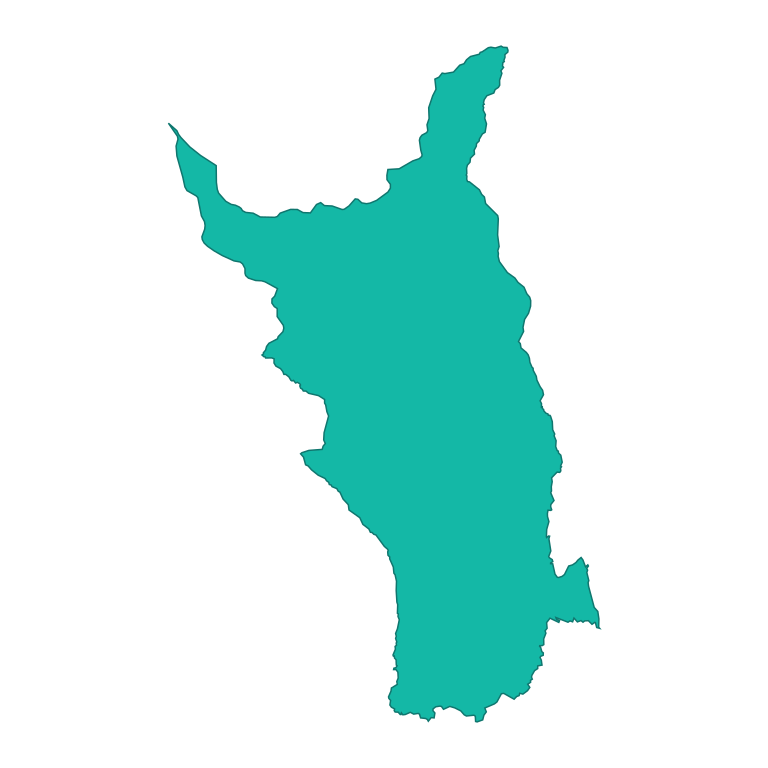 Duitama, Boyacá, Colombia
{"feature_id": "7082276B48386151421369", "entity_name": "Duitama", "entity_type": "district", "adm_level": 2, "iso_a3": "COL", "parent_name": "Colombia", "parent_adm1": "Boyacá", "projection": "robinson", "projection_center": [-73.056, 5.897], "detail": "fine", "context": "isolated", "style": "filled", "palette": "teal", "viewbox_px": 768, "rotation_deg": 0, "n_neighbors": 0, "source": "geoboundaries", "source_scale": "gbopen_adm2", "svg_char_len": 6093}
<svg xmlns="http://www.w3.org/2000/svg" viewBox="0 0 768 768"><path d="M507.8,52.1L508.0,50.3L507.0,47.5L503.1,47.3L501.1,46.1L495.3,48.0L490.9,47.2L488.3,47.7L482.2,51.8L480.2,52.4L479.3,54.2L470.5,56.5L466.6,59.7L464.0,63.7L459.7,65.2L453.5,72.1L444.9,73.6L442.2,73.1L438.9,77.2L434.9,79.1L436.0,89.3L432.7,95.8L428.7,107.7L429.1,118.5L427.0,124.8L427.8,130.6L426.7,132.6L421.9,135.2L420.1,137.6L419.4,140.2L420.8,150.2L422.1,154.8L421.7,156.5L419.2,158.7L412.8,160.9L399.1,168.8L387.9,169.5L386.9,175.3L387.0,179.7L390.4,184.3L390.4,188.2L387.9,192.1L376.6,200.4L370.1,203.1L366.5,203.7L361.8,202.9L357.9,199.3L355.2,198.9L348.9,206.0L344.2,209.3L342.1,209.5L332.2,206.0L324.4,205.6L320.7,202.6L316.5,204.5L310.4,212.9L303.0,212.6L297.4,209.5L290.6,209.4L280.2,213.1L277.3,216.5L274.9,217.3L260.3,217.0L253.2,213.2L245.7,212.4L242.5,210.7L241.1,208.4L239.1,206.9L235.4,205.2L231.2,204.4L225.8,201.3L218.6,193.1L217.3,189.4L216.4,182.4L216.2,165.6L200.6,155.5L189.9,147.0L180.9,137.5L178.6,134.4L176.9,130.7L168.4,123.2L177.4,136.2L178.0,139.1L176.1,146.1L176.9,156.0L182.8,177.1L184.9,186.9L187.0,190.6L196.1,195.8L197.8,197.5L201.4,215.9L204.5,221.6L205.1,225.5L204.7,229.2L201.9,236.8L202.3,239.6L204.2,243.1L207.7,246.4L214.2,250.9L222.4,255.6L234.0,260.9L240.2,262.0L242.6,263.9L245.0,268.5L245.0,273.2L245.7,275.6L248.4,278.1L255.7,280.5L261.6,280.8L265.0,281.8L277.5,288.6L274.7,296.2L272.0,298.9L271.9,303.1L274.3,306.6L277.2,308.5L277.2,316.6L283.3,325.3L283.8,328.1L283.0,331.6L278.2,336.6L277.5,338.8L268.9,343.3L266.6,346.4L265.6,350.1L263.4,352.7L263.5,353.9L262.0,355.0L263.9,356.7L264.9,356.6L265.6,358.0L271.7,357.9L274.1,358.8L274.0,363.0L275.9,366.1L280.5,368.6L282.8,371.5L283.9,374.4L285.8,374.4L288.9,376.9L290.9,380.3L292.0,380.9L293.5,380.4L295.6,383.0L297.4,382.3L299.7,383.7L300.5,385.0L299.8,385.9L300.6,388.2L302.3,389.2L303.3,391.0L306.0,391.1L308.6,393.3L318.5,395.6L324.6,399.5L324.6,403.1L325.7,405.0L326.9,411.7L328.6,416.0L324.1,432.7L323.7,439.9L325.3,443.5L323.1,446.2L322.2,449.4L308.9,450.4L301.9,452.7L300.6,453.8L303.5,457.1L305.6,464.8L308.1,465.9L311.5,469.8L318.2,475.2L325.1,478.5L326.6,480.8L328.7,482.3L329.3,484.5L331.0,484.9L332.1,486.7L336.8,488.6L338.3,491.3L339.9,492.1L343.1,499.1L348.3,504.7L349.0,510.0L359.8,517.7L362.9,524.4L368.9,529.0L370.4,532.3L372.1,532.5L373.8,534.3L375.9,534.9L384.4,546.5L387.6,549.2L388.2,550.5L387.7,551.9L388.0,555.3L389.7,556.9L389.7,558.9L393.3,567.0L393.9,573.2L395.1,574.8L396.5,581.2L396.2,590.5L396.9,602.1L397.7,604.6L397.4,613.3L398.3,613.9L398.0,616.5L399.3,619.7L397.4,628.9L395.6,633.5L396.3,636.3L395.6,638.4L396.8,642.0L396.2,643.0L396.5,645.3L395.1,646.4L395.4,649.2L393.0,655.0L393.4,656.1L394.3,656.0L394.5,658.0L396.1,659.8L396.3,665.1L397.1,665.8L395.9,667.7L393.9,668.2L393.6,669.6L396.0,669.6L397.9,672.2L398.2,678.1L396.8,681.5L397.3,684.4L391.4,688.0L391.0,691.1L388.5,696.9L388.9,698.5L390.6,700.4L389.9,705.0L391.4,707.2L394.6,708.9L394.2,710.6L395.1,712.0L398.2,712.2L400.2,714.5L401.0,714.5L401.4,712.9L402.8,714.8L405.3,714.5L410.3,712.3L413.7,714.1L418.2,713.4L419.5,714.2L420.6,717.9L425.7,718.5L427.4,719.5L428.3,721.2L431.2,717.6L434.1,717.9L434.9,713.0L432.9,710.6L433.1,708.9L435.7,706.8L439.9,706.1L441.5,706.5L443.5,709.3L449.8,706.4L454.8,707.9L460.8,710.9L464.2,714.8L466.4,716.0L473.9,715.2L475.3,716.2L475.6,721.5L477.1,721.9L482.7,719.9L483.9,715.2L486.3,711.9L484.8,708.0L494.4,703.9L496.9,702.0L501.4,693.7L503.8,693.4L514.1,699.2L516.7,696.5L519.1,695.6L519.7,693.3L522.9,694.1L527.5,690.7L529.8,687.4L527.7,684.2L530.6,682.3L530.5,680.3L532.3,679.2L531.5,677.1L531.9,675.3L534.6,670.6L537.7,668.6L537.7,665.9L542.0,665.1L541.3,660.1L540.0,657.5L540.7,656.3L543.2,655.3L543.3,652.9L541.8,651.6L540.6,647.3L539.6,646.4L539.7,645.7L542.2,645.6L543.8,644.6L543.7,638.9L545.9,633.2L545.1,630.8L547.1,628.3L546.6,622.6L550.0,618.2L558.8,622.4L559.5,620.7L556.6,619.4L555.9,617.5L568.0,622.2L570.0,620.9L572.6,621.8L574.0,618.1L577.4,621.9L581.0,620.6L583.0,622.2L584.7,620.9L588.4,620.7L592.0,624.3L594.9,622.3L595.4,622.6L596.7,627.5L599.6,628.3L598.7,627.2L598.9,618.9L597.8,611.5L594.2,607.4L588.6,586.4L588.1,582.6L588.8,580.6L586.8,572.4L587.6,570.1L586.7,568.5L588.4,566.0L587.8,564.9L585.5,566.8L582.9,559.9L581.1,557.5L577.9,560.1L576.0,562.5L572.5,564.9L568.7,566.0L564.5,574.5L562.1,576.4L558.6,577.5L557.3,577.3L555.0,574.1L552.7,563.8L550.6,563.7L550.6,563.0L552.8,561.6L552.2,559.6L549.4,557.8L548.7,556.5L550.8,551.0L548.9,538.8L549.6,536.2L548.6,536.0L546.6,537.5L546.4,536.7L546.7,529.4L548.9,521.6L547.5,516.6L547.4,513.5L548.0,510.2L550.9,510.4L551.7,509.8L550.7,506.9L550.8,504.6L554.0,500.5L550.7,492.7L551.5,491.0L551.3,486.7L552.2,481.7L551.6,477.8L557.1,472.1L559.6,472.4L560.3,471.8L560.8,470.8L560.5,468.0L561.5,466.8L560.6,466.0L562.2,462.2L560.8,455.2L558.5,453.0L558.3,451.1L557.2,450.6L555.7,446.6L556.1,440.7L554.1,435.8L554.7,434.0L552.7,429.8L552.3,421.6L550.6,416.3L550.0,415.4L548.3,415.2L548.0,414.0L545.8,413.1L543.8,410.8L543.6,409.4L542.4,408.6L542.3,406.8L541.4,407.1L541.5,403.6L540.1,400.8L543.5,394.7L542.6,390.3L540.1,386.7L536.9,380.1L536.3,376.3L533.2,370.3L533.1,368.2L532.0,367.2L529.9,362.3L529.4,358.3L528.2,354.9L526.4,352.5L521.0,347.9L520.3,343.6L518.5,341.5L523.6,331.4L523.0,327.4L524.6,319.4L528.5,313.3L530.6,306.2L530.7,300.6L529.7,297.2L526.8,293.7L524.0,287.2L518.0,282.4L514.9,278.0L507.4,272.6L499.4,261.6L498.1,256.2L498.4,253.6L497.8,250.7L499.1,246.5L497.6,234.9L498.3,218.9L497.7,215.6L485.6,203.5L484.4,197.0L481.7,194.4L479.4,189.8L469.5,181.9L467.5,181.5L466.7,179.3L466.9,176.0L466.2,175.1L466.8,173.6L466.6,168.2L467.4,165.1L470.0,162.2L470.5,158.1L474.5,154.1L474.1,150.3L476.3,146.2L476.5,143.6L479.2,140.9L479.3,139.2L482.4,133.9L485.1,132.3L486.5,123.9L484.7,118.2L485.4,114.7L483.1,110.0L483.7,107.3L482.9,106.2L483.4,104.6L484.2,104.3L483.5,102.8L484.2,99.7L486.9,95.7L493.8,93.0L495.1,89.6L498.4,87.4L499.7,85.2L499.6,80.2L501.9,73.3L500.9,70.8L503.6,67.3L502.5,66.1L502.9,62.5L504.3,61.6L503.9,60.3L505.0,57.3L504.9,54.6L507.8,52.1Z" fill="#14b8a6" stroke="#0f766e" stroke-width="1.5"/></svg>